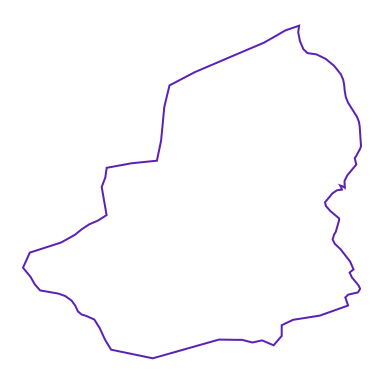 outline of Kars
{"feature_id": "TUR-3040", "entity_name": "Kars", "entity_type": "Province", "adm_level": 1, "iso_a3": "TUR", "parent_name": "Turkey", "parent_adm1": "", "projection": "orthographic", "projection_center": [43.226, 40.514], "detail": "fine", "context": "isolated", "style": "outline", "palette": "violet", "viewbox_px": 384, "rotation_deg": 0, "n_neighbors": 0, "source": "natural_earth", "source_scale": "10m", "svg_char_len": 1301}
<svg xmlns="http://www.w3.org/2000/svg" viewBox="0 0 384 384"><path d="M299.1,25.7L298.2,32.3L300.0,41.2L303.4,49.2L307.5,53.1L316.5,54.4L325.7,58.9L334.1,65.8L340.8,74.2L343.2,79.7L344.2,85.1L344.7,90.7L345.8,97.1L348.0,102.6L357.0,116.8L359.0,122.0L359.7,126.7L361.0,146.1L360.3,148.4L356.0,156.4L354.7,158.1L356.3,164.5L347.4,175.2L344.5,181.0L344.8,187.7L343.5,186.7L342.5,186.3L341.6,186.1L340.3,185.6L341.0,186.8L341.3,187.6L341.9,189.6L336.9,190.3L332.3,193.5L325.0,202.3L325.9,206.0L330.4,211.1L339.1,218.4L339.1,220.4L338.9,221.0L335.8,231.7L334.0,234.8L332.6,239.5L334.8,243.8L340.6,249.3L350.2,261.7L353.3,268.9L353.5,269.4L349.6,272.5L351.9,277.4L358.7,285.6L360.1,288.8L358.0,292.4L348.3,294.6L345.3,297.4L348.1,305.5L319.8,315.6L293.1,319.8L281.7,325.2L281.7,335.9L273.6,345.3L262.2,340.4L252.3,342.5L242.4,339.9L218.9,339.6L152.7,358.3L111.1,349.7L104.9,339.4L99.7,328.1L94.3,319.5L85.9,315.8L81.6,314.5L78.0,311.5L75.2,305.6L71.7,300.7L65.4,296.1L58.4,293.6L40.1,290.4L34.9,284.5L30.5,276.8L23.0,267.7L29.8,252.6L61.1,242.5L74.9,234.8L81.8,229.2L89.1,224.4L98.1,220.5L106.6,215.1L101.7,187.0L105.3,177.5L106.7,167.8L131.3,163.3L156.9,160.7L161.1,140.6L164.3,106.9L169.5,85.4L194.9,72.1L229.5,57.3L264.1,42.6L285.4,30.4L299.1,25.7Z" fill="none" stroke="#5b21b6" stroke-width="2"/></svg>